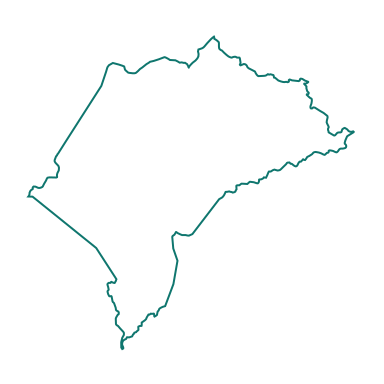 outline of Santa Cruz, Lempira, Honduras, rotated 178°
{"feature_id": "27666195B84616155619024", "entity_name": "Santa Cruz", "entity_type": "district", "adm_level": 2, "iso_a3": "HND", "parent_name": "Honduras", "parent_adm1": "Lempira", "projection": "robinson", "projection_center": [-88.56, 14.362], "detail": "fine", "context": "isolated", "style": "outline", "palette": "teal", "viewbox_px": 384, "rotation_deg": 178, "n_neighbors": 0, "source": "geoboundaries", "source_scale": "gbopen_adm2", "svg_char_len": 5895}
<svg xmlns="http://www.w3.org/2000/svg" viewBox="0 0 384 384"><g transform="rotate(178 192 192)"><path d="M267.2,37.5L266.2,38.0L266.1,38.4L266.2,39.2L267.1,41.6L267.2,42.4L266.9,44.1L266.0,45.9L264.6,46.8L263.1,47.4L262.0,49.1L259.9,48.9L256.9,49.8L256.3,50.8L255.9,51.7L255.3,52.0L254.5,53.4L252.7,53.9L252.4,54.4L250.8,55.6L250.4,56.0L250.3,56.4L250.4,58.2L250.4,59.0L250.2,59.4L248.6,60.0L247.4,59.9L247.1,60.0L246.9,61.0L246.8,63.3L243.6,65.4L242.6,66.3L242.2,66.8L241.7,68.1L239.8,71.0L239.5,71.1L239.0,70.9L238.7,71.0L237.3,71.9L236.5,71.6L234.5,71.8L234.2,71.5L234.0,69.0L233.8,68.8L233.4,69.0L232.3,69.6L231.3,70.4L230.5,73.7L229.5,74.7L228.9,76.1L228.5,76.6L227.4,77.3L225.4,78.2L222.8,78.9L213.8,100.6L208.9,123.8L212.7,136.2L213.3,147.8L212.9,148.7L211.0,150.0L209.4,152.5L209.1,152.5L207.7,151.4L205.0,150.0L203.4,149.3L199.9,149.2L198.2,148.7L196.6,148.5L193.1,149.9L165.1,183.9L162.2,185.4L161.0,186.5L159.9,188.0L158.4,190.9L156.5,191.0L154.8,191.3L153.9,190.9L152.1,190.5L151.6,190.1L151.3,190.0L150.2,190.2L149.1,190.6L148.6,191.0L148.2,192.1L147.4,193.1L147.5,196.2L147.4,196.7L147.2,196.9L146.4,197.1L144.4,197.1L142.6,198.4L142.1,198.6L136.4,198.1L134.3,199.9L133.7,200.2L129.9,199.6L127.2,198.6L126.4,198.4L125.9,198.4L125.4,198.8L125.0,199.4L124.6,200.7L124.6,201.8L124.4,202.1L123.8,202.2L122.6,202.2L121.5,202.6L120.2,203.3L119.6,204.1L117.5,203.7L116.1,206.4L114.9,209.1L114.3,209.8L112.6,209.7L110.4,211.0L108.9,211.5L105.8,210.5L104.6,210.6L103.4,210.9L102.4,211.6L100.0,213.8L97.0,216.5L96.1,217.7L95.5,218.0L93.6,218.1L92.5,216.8L91.8,216.8L91.1,216.5L89.5,215.1L88.5,214.4L87.5,214.0L86.8,214.1L86.3,214.4L85.7,215.1L84.6,217.2L83.6,218.4L83.2,218.6L82.4,218.5L82.0,218.6L79.8,220.8L78.9,220.2L77.9,220.0L76.9,221.1L75.6,223.0L73.4,224.0L70.7,225.6L69.3,227.1L68.5,227.5L67.0,227.7L63.8,227.0L61.5,226.1L59.4,224.9L58.2,224.5L57.7,224.7L55.8,226.4L54.8,226.5L54.4,226.7L54.0,227.3L53.9,228.4L53.3,228.8L52.1,228.7L50.3,228.3L49.4,228.0L47.3,226.9L46.3,226.6L45.8,226.7L44.8,227.5L43.4,229.4L42.7,229.9L41.7,230.2L39.9,230.1L38.5,230.3L37.4,230.6L36.6,231.2L36.3,232.0L36.3,233.0L36.7,234.0L37.6,234.9L37.7,235.7L36.9,238.3L35.2,241.9L34.8,242.4L28.4,246.1L28.3,246.5L28.9,247.0L29.7,246.7L30.5,246.6L31.8,246.7L32.6,247.0L33.6,247.7L34.4,248.8L35.3,249.6L37.1,250.7L38.1,250.4L39.5,249.5L40.1,248.3L40.4,247.1L40.7,246.7L41.5,246.4L43.4,246.4L44.4,246.2L44.9,245.9L46.9,243.8L47.6,243.5L48.0,243.5L48.4,243.7L53.3,246.8L53.4,247.0L53.4,247.8L53.8,248.9L53.9,249.8L53.8,250.6L53.2,251.7L53.1,252.2L53.5,253.3L54.6,255.7L55.0,257.0L54.7,258.8L53.9,261.6L53.9,262.6L54.1,263.3L57.7,266.4L61.1,268.5L66.2,272.0L67.0,272.2L67.8,272.3L68.2,272.1L68.9,271.4L69.5,271.3L70.2,271.4L70.6,271.9L70.7,272.7L70.6,273.6L69.6,276.1L69.2,277.9L69.0,279.5L69.1,280.7L69.5,281.2L70.7,281.9L72.2,283.3L73.9,285.1L73.9,285.4L73.8,285.6L73.0,285.5L72.2,286.0L72.0,286.4L71.9,287.0L72.2,287.5L73.1,288.4L73.5,289.4L74.1,291.9L73.9,293.3L74.0,293.6L76.1,296.1L75.9,296.4L74.8,296.3L73.1,297.0L72.2,297.6L72.0,297.9L72.1,298.1L75.2,299.4L77.7,301.1L79.2,301.5L79.6,301.4L80.1,301.0L80.3,300.6L80.3,300.0L80.5,299.6L81.5,299.1L88.2,300.1L89.8,300.8L90.5,301.0L90.9,300.8L91.3,300.5L91.4,300.1L91.3,299.5L91.3,299.1L91.5,298.8L92.1,298.5L92.6,298.4L94.0,298.8L96.0,298.6L97.3,298.8L99.3,299.4L101.8,300.4L104.9,303.2L106.0,303.5L106.4,305.7L106.6,306.0L109.4,306.9L110.9,306.6L112.0,307.1L114.2,305.8L115.5,305.6L120.1,305.5L121.5,305.5L122.0,305.7L122.6,306.2L123.4,307.2L124.3,308.8L124.7,309.9L125.0,310.3L131.1,313.7L132.2,314.8L132.9,316.5L134.0,317.6L134.8,317.9L135.7,318.1L138.6,317.0L139.1,316.9L139.5,317.2L139.7,317.6L139.0,319.2L139.0,319.9L139.5,323.9L139.9,324.6L142.4,324.8L143.5,325.5L144.3,325.7L146.1,325.5L147.6,324.9L148.5,325.1L149.7,325.6L150.8,326.2L152.6,327.7L155.0,330.0L157.2,332.4L158.5,333.0L159.0,333.5L159.7,334.2L159.9,335.0L160.0,336.6L159.9,339.5L160.0,340.7L160.7,341.5L162.2,342.9L164.3,344.3L164.5,346.3L164.6,346.5L165.9,345.6L167.7,344.1L171.7,340.1L174.5,337.0L175.6,336.0L177.1,335.2L180.6,334.2L181.1,332.3L180.6,329.7L180.9,327.3L182.0,325.3L183.9,323.3L186.8,321.2L188.6,319.5L190.1,317.9L190.9,316.6L191.1,316.8L191.4,317.8L192.4,319.9L194.5,321.4L195.6,321.3L197.8,321.9L199.8,321.7L201.6,322.9L204.0,324.2L209.4,324.7L211.1,325.9L213.0,327.0L214.0,327.5L214.9,327.7L220.5,325.8L225.8,324.3L229.4,323.6L230.8,322.6L233.0,321.4L237.3,318.2L239.7,316.7L241.8,314.7L243.5,313.3L244.2,312.9L245.1,312.7L246.9,312.7L250.8,313.3L251.7,313.6L254.1,315.9L254.7,316.7L255.4,319.8L257.1,320.6L260.9,322.0L266.6,323.7L270.6,321.6L272.1,319.7L272.5,318.7L273.7,315.1L278.9,301.2L316.2,247.2L324.6,234.9L325.2,234.4L325.7,233.2L326.6,232.4L328.1,228.8L328.2,228.1L328.2,227.5L327.8,226.6L327.2,225.7L324.7,222.9L324.3,221.8L324.1,220.8L324.4,218.2L325.7,215.9L326.2,214.5L326.4,213.5L326.3,212.1L326.4,211.5L327.1,211.2L334.0,211.6L335.9,211.3L336.6,210.4L337.5,208.5L339.5,205.4L340.9,202.8L341.4,202.3L342.4,201.8L343.9,201.4L345.0,201.4L345.8,201.6L348.2,202.8L350.1,203.0L350.7,202.5L351.0,202.0L351.1,201.6L351.0,200.9L351.1,200.5L352.9,199.4L353.7,198.4L354.4,196.8L354.5,195.4L354.8,194.6L355.2,193.8L355.7,193.2L351.5,192.9L289.7,139.4L270.6,107.5L271.3,105.6L272.5,103.8L272.9,103.8L273.9,104.1L275.7,105.0L276.0,104.9L276.2,104.4L276.6,104.1L277.0,104.0L277.8,104.1L278.3,104.1L279.0,103.7L279.5,103.2L279.7,102.7L279.7,102.2L279.1,99.9L278.7,97.5L278.9,96.9L279.7,96.1L279.9,95.3L279.4,93.0L278.5,91.0L278.1,90.7L277.7,90.6L276.5,90.8L276.0,90.4L275.2,85.4L274.9,84.8L274.1,84.1L273.7,83.4L272.3,79.0L272.1,77.0L271.8,76.4L270.5,75.4L269.8,75.1L269.4,74.2L269.4,73.4L269.6,72.4L270.0,72.1L270.5,71.9L271.9,69.7L272.5,68.5L272.6,67.8L272.6,63.0L272.5,62.4L272.2,61.9L271.4,61.2L270.5,60.6L268.7,58.3L265.5,54.6L265.0,53.6L265.0,52.6L265.1,51.5L266.8,48.7L268.0,44.3L268.1,39.0L267.2,37.5Z" fill="none" stroke="#0f766e" stroke-width="2"/></g></svg>